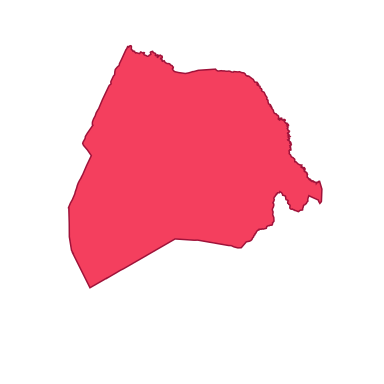 the district of Mwanga, Kilimanjaro, United Republic of Tanzania, rotated 115°
{"feature_id": "72390352B15719315121224", "entity_name": "Mwanga", "entity_type": "district", "adm_level": 2, "iso_a3": "TZA", "parent_name": "United Republic of Tanzania", "parent_adm1": "Kilimanjaro", "projection": "albers", "projection_center": [37.536, -3.684], "detail": "fine", "context": "isolated", "style": "filled", "palette": "rose", "viewbox_px": 384, "rotation_deg": 115, "n_neighbors": 0, "source": "geoboundaries", "source_scale": "gbopen_adm2", "svg_char_len": 5855}
<svg xmlns="http://www.w3.org/2000/svg" viewBox="0 0 384 384"><g transform="rotate(115 192 192)"><path d="M89.4,144.7L87.6,145.1L86.6,145.7L86.2,146.9L86.2,148.0L85.7,148.5L85.6,149.0L85.8,149.7L85.8,150.6L84.7,152.1L83.5,152.8L82.5,155.0L81.8,155.2L80.6,156.8L81.4,156.6L81.1,157.4L79.8,158.3L79.7,159.9L77.7,161.5L76.7,161.9L76.4,163.4L74.6,164.0L73.3,166.3L71.2,168.7L71.0,171.2L70.6,171.9L69.8,171.9L69.0,172.8L69.0,174.1L68.5,174.5L67.5,175.0L67.5,178.0L66.7,178.6L66.2,177.5L65.1,179.3L65.5,180.7L65.9,181.4L65.3,182.5L64.1,184.0L63.9,185.4L63.0,189.3L63.6,190.6L63.3,190.7L63.5,191.0L63.5,192.4L62.4,193.9L62.4,194.4L62.1,195.2L62.8,197.5L62.9,199.8L63.8,201.1L65.1,204.9L65.8,205.0L66.5,206.6L66.5,208.6L66.9,209.9L67.7,211.1L68.3,212.6L68.6,214.0L69.2,215.1L69.7,216.8L71.3,219.3L71.4,220.0L71.3,221.4L70.7,222.6L79.1,237.8L82.1,241.3L82.4,242.0L85.4,245.3L87.4,248.1L89.4,254.6L90.2,258.3L90.1,259.4L89.1,261.4L88.7,261.8L88.3,261.8L87.7,261.4L86.7,261.7L86.7,262.4L85.9,263.4L85.9,265.2L85.3,266.3L85.4,267.2L86.1,268.9L86.0,270.3L85.7,271.5L84.9,272.4L84.8,272.8L85.9,273.7L85.9,274.4L85.7,274.7L85.2,274.7L84.6,275.2L84.5,276.0L84.6,276.7L83.9,276.8L83.3,275.8L82.6,275.8L81.9,276.2L81.5,276.7L81.7,277.0L81.7,277.3L81.3,278.4L81.7,279.0L82.6,279.5L84.5,280.0L84.5,280.4L84.2,280.6L83.7,280.5L82.7,280.0L82.3,280.0L82.3,281.2L82.9,281.8L83.4,282.1L83.7,282.4L83.7,282.8L83.5,283.1L82.5,283.1L81.9,283.6L81.9,284.6L82.0,286.0L81.9,286.3L81.2,286.9L81.2,287.3L82.6,288.7L83.0,288.8L84.5,287.5L84.8,287.5L86.1,288.6L86.9,288.7L87.7,289.4L87.9,290.0L87.7,291.7L87.9,293.0L87.8,293.5L87.3,294.0L86.2,293.9L85.9,294.0L85.9,294.6L86.8,295.1L86.7,297.6L87.1,297.8L88.2,297.9L88.8,298.2L89.3,301.3L89.8,301.8L89.2,303.3L88.8,303.5L88.9,304.2L89.4,304.7L89.3,305.2L88.7,305.6L88.5,307.2L85.7,308.4L85.3,308.9L85.3,309.4L85.8,310.1L86.8,310.3L86.9,310.9L87.6,310.9L87.5,311.8L90.2,311.7L90.7,312.0L101.6,311.9L106.4,312.0L107.5,311.6L108.4,311.6L110.0,312.4L113.3,313.3L115.1,312.9L118.5,311.7L120.2,312.2L125.6,312.2L126.6,312.1L128.1,311.1L128.7,311.2L130.3,312.0L131.6,312.1L146.1,312.2L156.2,311.8L157.7,312.1L158.5,312.1L160.6,312.3L164.0,311.9L167.3,312.1L170.1,311.9L171.3,311.6L172.8,310.9L173.7,310.2L173.8,310.3L173.7,310.1L182.9,311.7L186.8,312.1L188.6,311.5L192.7,311.8L194.2,311.6L195.6,310.0L198.1,304.5L201.6,298.6L212.8,298.7L222.4,298.4L225.5,298.6L225.6,298.4L229.0,298.8L231.9,298.9L234.6,298.7L237.5,298.2L240.9,297.9L243.3,297.4L249.7,297.2L253.4,297.5L258.0,297.3L257.7,296.9L258.1,297.1L272.1,290.1L284.5,284.2L295.7,276.6L297.7,274.0L297.8,274.3L321.9,244.0L306.1,232.9L306.3,232.8L293.2,223.8L290.7,221.8L241.7,187.5L234.7,169.5L233.2,166.5L225.0,136.1L224.0,133.8L224.0,130.8L223.3,126.9L221.7,123.8L214.2,121.7L212.3,119.1L211.2,118.2L209.7,117.6L208.2,117.7L206.6,117.2L205.3,117.5L204.1,116.9L203.4,117.2L202.0,116.7L200.8,116.8L198.9,116.3L198.2,115.3L197.6,115.6L196.9,114.6L196.6,113.6L195.7,112.8L195.7,112.0L193.5,109.3L191.6,109.6L190.2,108.5L189.9,107.7L189.4,107.5L188.2,105.5L186.7,105.5L185.9,106.0L184.9,105.6L183.8,105.4L180.5,107.1L178.6,109.2L175.8,110.1L175.0,111.0L173.9,111.8L172.7,112.0L171.3,111.9L169.2,112.3L168.2,113.0L167.6,114.1L165.6,114.0L164.2,114.2L163.3,115.1L161.9,115.3L161.1,114.9L160.0,114.9L159.3,114.6L158.4,114.7L158.3,114.3L157.8,114.2L156.6,114.2L155.8,112.5L154.5,112.5L154.8,110.5L155.7,109.1L156.6,108.5L156.3,107.1L156.3,105.5L158.6,104.1L159.2,103.5L159.0,101.8L159.4,101.1L160.6,101.1L161.7,100.5L161.7,99.8L162.3,99.1L162.4,97.9L163.1,97.2L164.3,97.0L165.3,96.4L165.7,95.5L165.5,94.4L165.0,93.7L165.3,92.3L165.0,91.7L165.3,90.8L165.0,90.1L164.9,87.3L164.4,86.9L163.6,86.7L162.9,86.2L162.3,85.6L162.0,84.7L161.4,84.2L160.3,84.7L158.2,84.9L157.4,85.2L156.8,85.2L155.8,84.3L154.7,84.0L154.4,83.6L153.9,83.5L152.9,83.6L151.3,83.1L149.9,83.9L149.0,84.2L145.9,84.5L146.0,82.5L145.9,74.1L147.0,73.2L148.3,71.3L146.1,70.7L145.4,70.9L134.5,75.5L128.4,80.9L128.6,81.3L129.2,81.2L129.2,81.9L129.4,82.0L130.1,81.8L130.4,82.0L130.4,82.9L131.7,83.0L131.1,83.4L131.0,85.1L131.5,85.5L130.9,86.3L131.0,86.9L130.8,87.1L131.0,87.6L131.6,87.7L131.3,88.2L131.6,88.7L131.4,88.9L131.3,89.3L130.9,89.3L130.5,90.1L130.5,90.4L130.8,90.1L131.1,90.2L130.8,90.6L131.1,91.1L129.9,93.1L130.0,93.7L127.7,94.9L127.2,94.8L127.1,95.3L126.7,95.4L126.6,95.8L126.3,95.8L126.4,96.3L125.8,96.8L125.9,97.5L125.6,98.2L125.9,98.3L125.9,98.8L125.4,98.9L125.3,99.2L124.7,99.1L124.4,99.7L124.3,99.4L123.9,99.7L123.6,99.2L123.3,99.3L123.4,99.7L123.2,99.8L123.2,100.1L122.9,100.3L122.5,100.4L122.5,100.7L122.8,101.0L123.0,101.1L123.2,100.8L123.7,101.1L122.8,102.2L123.3,102.4L123.3,102.8L123.5,103.0L123.3,103.7L121.2,103.8L121.8,105.7L121.8,107.0L121.8,107.6L120.7,110.6L120.8,111.1L121.1,111.3L121.1,111.7L119.0,112.7L118.7,113.1L118.6,113.9L118.2,114.7L118.1,116.9L116.8,118.3L116.2,120.1L115.3,120.3L113.5,121.5L112.3,121.2L112.4,120.3L112.1,120.1L110.2,121.3L110.0,121.5L110.1,121.9L109.6,122.0L108.9,122.7L108.8,122.1L108.1,122.0L107.6,122.2L107.1,122.1L107.0,122.7L106.7,122.8L106.3,122.8L106.5,123.4L106.4,123.9L106.0,124.2L105.6,124.1L105.5,123.4L105.3,123.5L104.9,124.5L104.8,125.3L104.1,125.9L104.5,126.9L104.3,127.3L102.8,126.2L102.5,126.2L101.7,127.9L100.8,127.5L100.7,126.8L100.3,126.5L100.0,127.3L100.3,128.5L99.6,128.1L99.2,128.1L98.9,129.4L98.6,129.5L98.8,129.8L98.5,130.2L98.1,130.3L97.7,130.1L97.3,129.3L96.1,129.5L95.7,129.4L95.3,131.3L95.0,131.6L94.7,131.6L94.1,132.6L93.6,132.5L93.5,132.2L93.2,132.2L92.2,132.8L92.0,133.7L91.0,132.6L90.4,133.0L90.0,133.8L90.5,134.8L90.3,135.0L89.8,134.6L89.5,135.0L89.7,135.6L90.0,135.8L90.0,136.2L88.9,138.3L88.5,138.7L88.2,138.0L87.7,137.8L87.4,137.9L87.2,138.5L87.3,139.3L87.9,139.4L88.6,140.6L88.3,141.0L87.2,141.9L87.3,142.3L88.0,143.3L88.6,142.5L88.9,143.4L89.2,143.3L89.4,142.8L89.8,143.0L89.4,144.7Z" fill="#f43f5e" stroke="#9f1239" stroke-width="1.5"/></g></svg>